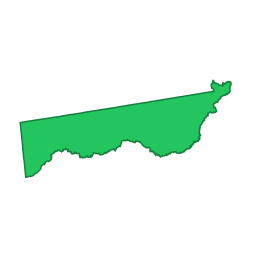 Poptún, Petén, Guatemala, rotated 171°
{"feature_id": "79465075B98225728966625", "entity_name": "Poptún", "entity_type": "district", "adm_level": 2, "iso_a3": "GTM", "parent_name": "Guatemala", "parent_adm1": "Petén", "projection": "robinson", "projection_center": [-89.691, 16.335], "detail": "fine", "context": "isolated", "style": "filled", "palette": "green", "viewbox_px": 256, "rotation_deg": 171, "n_neighbors": 0, "source": "geoboundaries", "source_scale": "gbopen_adm2", "svg_char_len": 5798}
<svg xmlns="http://www.w3.org/2000/svg" viewBox="0 0 256 256"><g transform="rotate(171 128 128)"><path d="M108.8,101.0L108.7,101.2L108.3,101.5L107.6,101.1L107.2,101.4L106.8,100.9L106.8,100.7L106.4,100.4L106.8,100.1L106.2,99.7L106.1,99.2L105.4,99.0L105.5,98.7L105.9,98.6L105.6,98.1L105.4,98.2L105.1,98.6L104.9,98.5L104.9,97.4L104.4,98.0L104.2,98.0L104.0,97.8L104.3,97.3L103.9,97.0L103.6,97.3L103.4,96.9L103.3,97.0L103.2,96.4L102.4,96.2L102.1,96.6L101.5,96.5L101.3,96.1L101.5,95.6L100.4,94.3L99.9,94.7L98.7,94.6L98.5,95.0L97.9,95.1L96.5,94.9L95.6,95.3L94.4,94.9L94.0,96.0L93.4,95.3L93.0,95.2L91.6,96.3L91.0,96.4L90.4,95.9L90.2,96.1L90.5,96.6L89.6,96.7L89.2,97.1L88.5,97.3L87.6,97.3L87.0,96.7L86.6,97.2L86.0,97.0L85.5,97.3L84.7,97.0L84.3,97.1L84.3,95.9L83.9,95.8L83.7,96.1L81.5,94.8L80.2,95.1L80.1,95.6L79.4,95.6L79.2,95.1L77.9,95.4L77.4,95.6L77.2,96.1L76.9,96.2L76.9,95.8L76.2,95.7L74.7,97.5L73.9,97.4L73.3,98.0L73.0,97.9L72.0,98.4L71.5,98.0L70.9,98.3L70.5,98.1L70.0,98.2L69.5,99.6L69.0,99.5L69.2,100.3L69.0,100.9L68.5,100.9L67.9,100.1L67.5,100.7L67.8,101.0L67.7,101.2L67.1,101.6L66.9,102.0L65.9,101.9L65.9,102.7L65.5,103.1L65.2,103.8L65.1,103.4L64.6,103.2L64.3,103.9L64.2,104.0L63.8,103.4L63.6,103.4L62.9,104.2L62.5,103.9L61.7,104.2L60.9,103.8L60.7,104.0L60.8,104.3L60.2,104.5L60.3,105.9L60.0,106.0L59.6,105.5L58.9,105.9L59.0,106.3L59.5,106.1L59.4,106.8L58.6,107.0L58.7,107.4L58.9,107.3L59.1,107.5L58.9,107.7L59.1,108.4L58.8,108.5L58.8,108.1L58.6,108.1L58.4,108.5L58.5,109.0L58.3,109.3L58.0,109.6L57.6,109.5L57.7,110.3L58.1,110.2L58.5,110.6L58.3,111.0L58.7,111.7L58.0,112.5L58.1,113.4L57.8,113.9L58.0,114.3L57.3,115.4L57.6,116.7L57.2,116.7L57.1,116.2L56.1,119.5L55.0,119.8L54.7,120.2L54.5,120.9L53.3,121.9L52.9,122.9L52.3,123.5L51.9,123.4L51.3,123.5L51.1,124.2L51.3,124.7L51.2,125.3L50.9,125.8L50.5,126.1L49.6,125.8L49.0,127.1L48.0,127.3L47.5,128.4L47.2,128.5L46.9,128.2L46.7,130.0L45.9,130.1L45.6,130.6L45.4,130.8L44.8,130.6L44.4,130.9L43.9,130.8L43.6,130.2L42.7,129.8L41.5,129.9L41.0,129.6L40.6,129.9L40.8,130.3L40.7,130.4L39.2,129.9L38.1,130.4L38.2,130.7L37.8,131.5L38.2,131.9L38.6,134.7L39.0,134.9L40.1,134.8L40.0,135.7L40.2,136.3L39.8,136.8L39.7,137.7L39.9,138.1L39.7,138.5L38.5,138.8L38.2,139.1L37.5,139.2L37.3,139.5L36.5,139.6L36.5,140.1L35.8,139.9L35.7,139.6L35.4,139.6L35.0,140.4L34.5,140.7L34.3,141.3L33.4,142.0L32.7,142.1L32.4,142.8L31.8,143.0L31.7,143.7L31.3,144.3L30.9,144.3L30.3,144.8L29.7,144.7L29.0,145.4L28.6,145.2L27.9,145.2L26.6,145.0L26.1,146.1L25.5,146.2L25.0,145.8L24.6,145.9L24.4,146.5L23.8,146.3L22.4,147.1L21.8,148.2L21.4,148.3L21.2,150.2L21.3,150.9L21.0,151.5L20.9,152.2L21.2,152.4L21.1,152.9L20.2,153.6L19.5,154.6L19.3,155.7L19.5,157.5L20.2,157.5L20.5,157.8L21.0,157.5L21.9,158.3L23.0,157.7L23.9,157.8L24.7,156.6L25.3,156.4L26.9,157.8L27.3,157.8L27.5,157.3L27.4,154.9L28.0,154.8L28.5,155.8L29.5,155.7L31.0,156.2L33.0,157.9L34.0,158.6L34.7,158.8L35.4,158.7L36.0,159.9L35.9,161.1L36.5,161.7L36.8,161.3L36.8,160.8L37.2,160.5L37.4,159.1L37.8,158.7L38.6,158.5L39.2,157.3L39.2,156.3L39.0,156.0L39.1,154.3L38.9,154.1L38.2,154.1L37.6,153.5L37.5,153.1L37.8,151.9L37.6,151.4L37.6,150.8L95.4,150.5L97.0,150.4L103.3,150.5L103.5,150.2L107.1,150.4L124.7,150.4L136.8,150.2L169.3,150.3L169.6,150.1L190.4,150.2L193.7,150.0L199.9,150.2L201.9,150.1L223.6,150.3L233.6,150.2L234.9,126.6L235.3,123.1L235.4,118.3L235.7,115.0L235.7,111.6L236.7,95.3L232.5,95.7L230.9,95.4L229.2,95.9L226.6,97.6L225.4,97.7L220.6,101.2L220.4,101.5L220.5,102.4L220.0,103.0L219.7,103.7L219.4,104.1L218.8,104.4L217.8,105.2L217.0,105.4L216.5,105.0L215.7,106.0L215.3,106.1L215.2,107.3L213.4,107.8L212.8,107.9L212.4,107.5L211.5,107.3L210.9,107.7L210.3,107.9L210.2,108.2L209.6,108.3L208.8,109.0L208.2,109.8L208.2,110.6L208.3,110.9L207.9,111.8L208.5,112.6L208.4,113.6L208.1,113.2L207.7,113.1L206.8,114.4L205.9,114.6L205.4,115.2L205.0,115.0L204.6,115.2L204.5,115.7L203.7,115.9L203.5,116.5L202.6,116.2L201.4,116.4L200.2,117.2L199.6,116.4L197.8,115.5L197.4,114.9L196.6,115.5L196.1,115.3L195.5,116.8L195.0,116.2L193.5,117.2L192.9,116.5L192.3,116.8L191.8,116.0L190.7,116.2L190.4,116.1L190.4,115.7L191.2,114.5L191.2,114.1L189.6,114.2L188.9,113.4L188.0,113.5L188.0,111.9L187.6,111.4L186.7,111.0L186.1,111.1L185.8,111.4L185.0,111.1L184.6,111.2L184.5,112.4L184.3,112.5L183.8,112.2L183.1,112.0L183.2,111.4L183.1,111.0L182.2,110.6L180.7,110.9L180.2,109.8L180.3,108.7L180.2,108.1L179.6,108.0L179.6,107.1L180.1,107.0L180.2,106.6L179.7,106.6L179.3,106.2L178.9,106.1L178.1,106.6L177.2,105.5L175.9,105.7L174.9,105.5L174.0,106.2L173.7,106.6L173.4,106.7L173.0,106.3L172.3,106.6L172.3,105.8L172.1,105.4L169.2,105.0L169.0,105.4L169.5,106.1L169.5,106.5L169.2,106.6L168.7,105.6L168.0,105.5L167.8,106.5L166.6,107.4L166.5,108.1L166.0,108.4L165.7,109.0L165.4,109.0L164.0,107.8L162.9,107.8L162.3,107.4L161.3,107.2L160.7,107.6L160.4,107.3L160.0,105.9L159.0,105.7L158.3,105.9L157.2,105.8L155.5,106.6L154.7,107.6L154.3,107.4L154.1,106.6L152.1,107.0L151.8,107.3L151.4,108.0L151.1,108.2L150.5,108.1L150.4,107.9L149.9,108.0L149.4,108.7L147.5,109.1L146.5,109.0L146.0,109.6L145.3,109.7L144.6,108.1L144.2,108.6L143.7,108.4L143.7,108.1L143.3,108.6L143.3,109.3L141.8,110.6L141.1,110.5L139.8,111.6L139.2,111.6L138.9,111.0L138.5,111.0L138.2,111.3L138.1,112.4L137.4,113.2L137.2,113.9L136.3,115.6L136.3,116.1L135.4,116.4L134.3,116.4L132.4,115.7L131.9,116.2L131.2,116.1L130.4,116.7L130.1,115.7L129.1,115.8L128.7,115.4L128.4,114.7L127.0,114.2L125.5,114.0L125.0,113.2L124.3,113.0L123.6,112.5L123.2,112.6L122.5,113.6L122.1,113.9L121.3,113.2L119.4,113.1L119.0,112.8L118.6,112.0L117.9,112.0L117.6,111.8L117.4,110.8L116.7,109.9L116.6,109.0L115.6,108.3L114.9,106.9L114.0,106.7L113.2,105.7L111.4,105.4L110.7,105.8L110.1,105.4L110.1,105.1L109.3,104.2L109.4,103.2L109.9,102.5L109.8,101.2L109.6,101.0L108.8,101.0Z" fill="#22c55e" stroke="#15803d" stroke-width="1.5"/></g></svg>